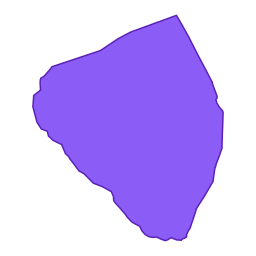 the district of Wad Al Mahi, Blue Nile, Sudan
{"feature_id": "16777658B66589666845183", "entity_name": "Wad Al Mahi", "entity_type": "district", "adm_level": 2, "iso_a3": "SDN", "parent_name": "Sudan", "parent_adm1": "Blue Nile", "projection": "natural_earth1", "projection_center": [34.827, 11.596], "detail": "fine", "context": "isolated", "style": "filled", "palette": "violet", "viewbox_px": 256, "rotation_deg": 0, "n_neighbors": 0, "source": "geoboundaries", "source_scale": "gbopen_adm2", "svg_char_len": 1322}
<svg xmlns="http://www.w3.org/2000/svg" viewBox="0 0 256 256"><path d="M176.5,15.4L176.4,15.4L130.8,32.0L127.5,33.7L118.0,38.8L100.3,50.6L52.0,66.7L50.6,68.7L47.5,72.3L44.3,76.0L42.3,77.4L40.9,78.1L40.3,79.8L40.1,82.4L40.5,90.1L33.7,95.5L32.9,106.8L36.9,122.0L41.3,129.0L47.3,131.2L48.5,136.1L53.0,140.3L57.6,142.6L61.6,144.5L65.6,153.9L68.6,156.5L70.2,159.3L73.5,163.5L79.1,171.0L84.1,173.8L93.4,183.2L102.0,186.5L111.3,191.6L113.4,196.4L113.7,200.7L115.7,203.5L118.7,206.6L124.1,212.9L124.8,213.6L127.2,217.1L131.8,222.0L135.3,224.0L139.8,226.3L141.2,229.5L142.0,230.9L145.0,234.4L148.7,236.6L152.4,237.4L156.4,237.0L161.2,239.2L165.2,240.6L167.8,239.8L171.0,237.7L173.9,238.8L176.7,239.9L181.0,240.2L181.4,240.2L182.1,239.1L183.8,238.5L186.2,237.3L186.7,236.3L186.5,234.2L187.4,233.1L188.3,230.6L188.9,229.8L189.6,229.2L190.6,226.6L195.5,211.9L196.4,208.7L205.0,195.2L212.4,182.5L213.0,181.5L213.8,175.6L215.0,167.6L215.4,167.3L216.3,163.7L219.0,156.8L221.1,150.6L222.0,148.5L222.1,141.6L222.6,127.4L223.1,112.5L222.6,110.8L221.0,109.0L219.1,106.8L218.7,106.0L217.0,103.3L215.9,99.6L217.0,98.1L217.0,97.1L217.1,96.3L215.1,90.9L214.8,90.2L212.8,84.7L212.3,82.7L212.2,82.3L212.1,81.9L210.2,78.4L207.7,73.5L198.9,56.9L191.1,41.7L188.6,36.7L180.9,23.0L176.5,15.4Z" fill="#8b5cf6" stroke="#5b21b6" stroke-width="1.5"/></svg>